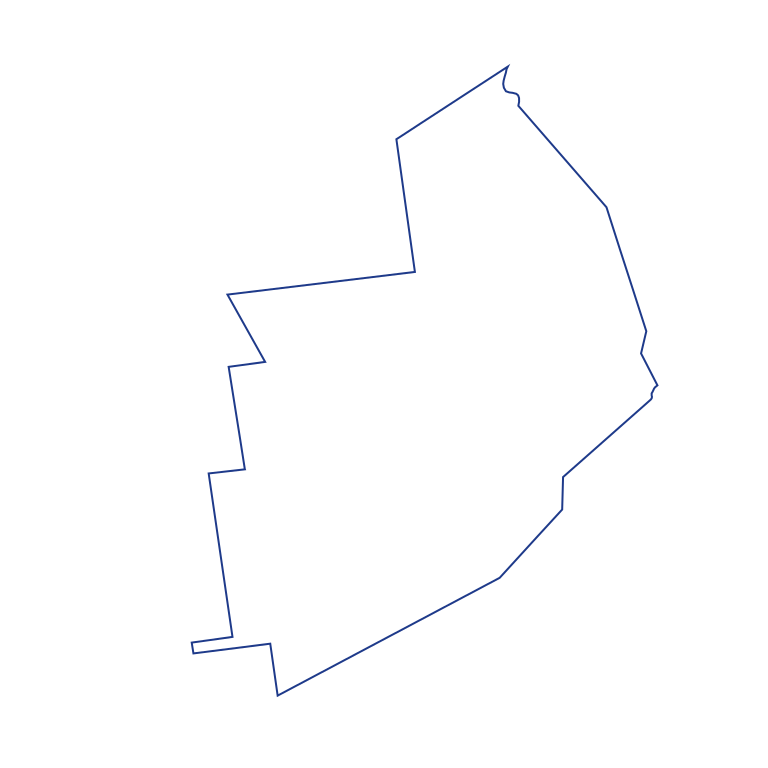 Silípica, Santiago del Estero, Argentina (Robinson projection), rotated 341°
{"feature_id": "61730980B28261021809980", "entity_name": "Silípica", "entity_type": "district", "adm_level": 2, "iso_a3": "ARG", "parent_name": "Argentina", "parent_adm1": "Santiago del Estero", "projection": "robinson", "projection_center": [-64.209, -28.168], "detail": "fine", "context": "isolated", "style": "outline", "palette": "blue", "viewbox_px": 768, "rotation_deg": 341, "n_neighbors": 0, "source": "geoboundaries", "source_scale": "gbopen_adm2", "svg_char_len": 850}
<svg xmlns="http://www.w3.org/2000/svg" viewBox="0 0 768 768"><g transform="rotate(341 384 384)"><path d="M182.0,644.0L368.0,614.7L430.3,604.9L480.4,577.6L511.6,560.7L523.0,530.3L627.3,487.2L630.4,485.9L631.3,485.5L632.4,484.7L633.2,483.4L633.3,482.2L634.0,480.0L635.1,479.1L636.6,477.6L637.7,476.4L639.1,475.4L642.1,474.3L637.0,438.8L649.2,419.5L650.1,376.8L650.9,334.0L651.9,289.3L601.6,164.7L602.6,162.9L603.6,161.2L604.8,157.6L604.8,154.8L603.6,152.7L600.3,150.5L597.4,149.1L594.6,146.9L593.8,142.9L594.4,139.1L595.9,136.1L597.7,133.4L598.0,132.9L600.6,129.3L602.4,126.2L604.4,124.2L502.8,149.7L491.4,152.6L475.4,156.6L449.7,288.1L265.1,248.5L278.8,324.4L242.7,317.2L235.6,357.5L230.2,388.3L224.7,419.1L224.7,419.4L189.1,411.5L158.4,573.8L118.0,565.9L116.1,576.7L191.9,592.5L182.0,644.0Z" fill="none" stroke="#1e3a8a" stroke-width="2"/></g></svg>